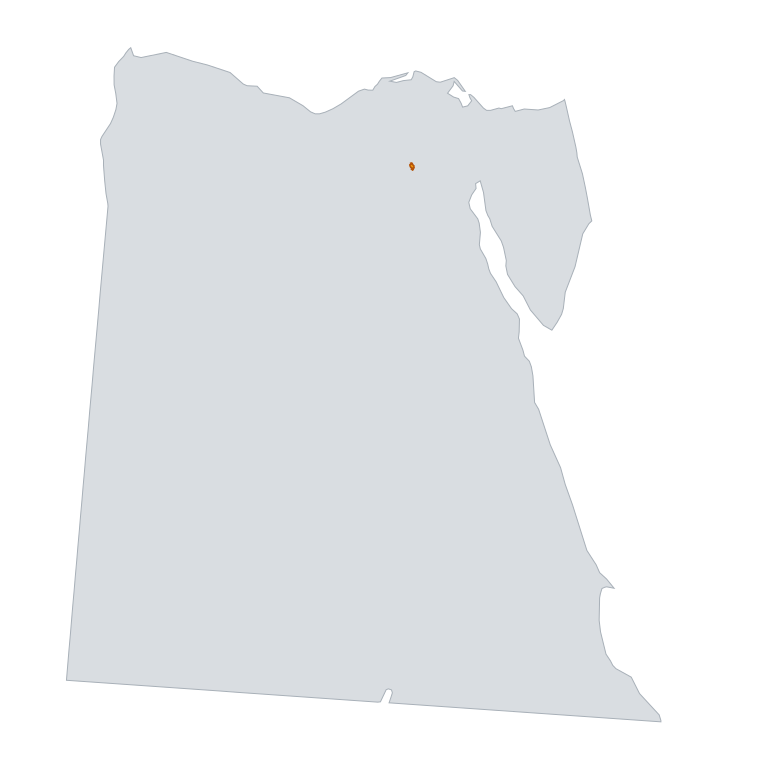 Auseem, Al Jizah, Egypt shown in context, rotated 4°
{"feature_id": "37247803B16391777329697", "entity_name": "Auseem", "entity_type": "district", "adm_level": 2, "iso_a3": "EGY", "parent_name": "Egypt", "parent_adm1": "Al Jizah", "projection": "equal_earth", "projection_center": [31.148, 30.12], "detail": "fine", "context": "in_parent", "style": "filled", "palette": "amber", "viewbox_px": 768, "rotation_deg": 4, "n_neighbors": 0, "source": "geoboundaries", "source_scale": "gbopen_adm2", "svg_char_len": 4550}
<svg xmlns="http://www.w3.org/2000/svg" viewBox="0 0 768 768"><g transform="rotate(4 384 384)"><path d="M683.8,701.7L667.3,701.7L650.9,701.7L634.5,701.7L618.0,701.7L601.6,701.7L585.1,701.7L568.7,701.7L552.2,701.7L535.8,701.7L519.4,701.7L502.9,701.7L486.5,701.7L470.0,701.7L453.6,701.7L437.1,701.7L420.7,701.7L411.3,701.7L412.9,695.7L413.9,691.5L412.8,688.6L409.6,687.8L407.5,688.8L402.6,701.3L400.0,701.8L394.2,701.8L375.1,701.8L355.9,701.8L336.8,701.8L317.6,701.8L298.5,701.8L279.3,701.8L260.2,701.8L241.0,701.7L221.9,701.7L202.7,701.7L183.6,701.7L164.5,701.7L145.3,701.7L126.2,701.7L107.0,701.7L87.9,701.7L88.1,686.6L88.3,671.6L88.6,656.5L88.8,641.4L89.0,626.4L89.3,611.4L89.5,596.4L89.8,581.4L90.0,566.4L90.3,551.4L90.5,536.5L90.8,521.5L91.0,506.6L91.3,491.7L91.5,476.8L91.8,461.9L92.1,447.1L92.3,432.2L92.6,417.4L92.9,402.6L93.1,387.8L93.4,373.0L93.7,358.2L94.0,343.5L94.3,328.7L94.5,314.0L94.8,299.3L95.1,284.6L95.4,269.9L95.7,255.3L96.0,240.6L96.3,226.0L95.9,223.3L93.4,213.4L91.2,200.8L88.9,185.3L88.6,180.3L84.5,164.4L84.2,159.9L85.4,156.7L93.0,143.3L95.4,136.8L97.4,129.0L98.1,122.7L96.2,113.1L93.9,104.4L93.2,95.5L93.1,86.8L96.9,80.8L101.5,75.3L103.3,71.9L106.0,68.0L107.9,66.2L111.3,74.0L118.9,75.3L143.7,68.4L170.7,75.4L185.7,78.1L208.7,84.0L222.7,94.6L226.6,96.0L236.7,95.8L243.3,102.1L269.7,105.1L283.7,112.0L291.7,117.6L296.5,119.3L300.8,119.0L306.5,116.9L313.8,113.0L321.7,107.6L338.1,93.7L343.9,91.2L347.7,91.9L352.3,91.7L354.2,87.9L356.6,85.4L358.2,82.4L360.6,78.9L369.1,77.9L386.1,71.9L384.2,74.7L368.7,81.5L375.4,82.3L382.2,80.0L389.9,78.6L391.3,75.7L392.3,70.3L393.8,69.5L399.2,70.5L415.1,78.8L419.1,79.0L430.3,74.5L432.7,73.5L436.3,76.0L444.7,86.4L441.8,86.2L432.9,77.3L432.1,81.7L427.1,89.5L433.4,92.9L438.5,94.1L441.3,98.5L443.1,102.3L448.1,100.7L451.7,95.4L449.8,92.5L448.5,89.4L450.2,89.3L453.7,91.8L463.9,101.8L467.3,103.9L471.2,103.6L479.4,100.7L481.7,101.2L492.7,97.5L494.0,100.2L495.9,102.9L504.7,99.9L518.7,99.9L530.0,96.7L543.2,88.8L544.2,87.6L544.9,89.5L546.6,94.9L550.7,108.6L554.4,119.4L558.9,134.4L560.3,140.1L560.9,144.1L567.3,160.5L571.2,174.1L574.1,185.1L578.1,201.2L579.9,206.8L577.2,209.8L571.8,220.3L566.4,253.6L558.4,279.8L557.6,296.2L556.3,302.1L552.4,310.4L547.7,318.6L539.0,314.4L524.9,300.0L516.7,286.4L507.9,277.7L499.6,266.1L497.3,257.7L497.4,252.3L493.7,239.3L491.0,233.1L480.9,219.2L478.0,211.8L475.8,208.6L473.6,203.9L469.9,186.0L465.8,174.6L461.4,177.7L462.2,182.5L458.3,189.2L455.9,196.9L457.8,203.2L466.0,212.7L467.7,216.9L469.6,226.0L469.4,238.4L470.7,242.6L476.9,251.8L479.1,257.2L480.5,261.9L482.5,266.2L488.7,274.2L497.5,289.5L505.9,299.9L512.0,304.8L514.6,309.8L515.2,322.7L514.9,328.9L520.2,340.5L522.2,346.4L527.4,351.2L529.8,356.6L532.0,365.5L535.5,391.9L540.0,398.4L554.1,433.1L566.0,455.2L571.8,471.6L580.6,491.7L598.0,535.9L608.2,549.5L612.3,557.2L619.7,563.1L627.8,571.7L620.2,570.8L618.3,571.4L615.7,572.8L614.5,578.0L614.0,582.3L615.1,604.7L617.3,616.2L624.3,638.0L629.3,644.5L631.8,648.7L635.2,651.8L651.1,659.2L660.5,675.0L681.6,694.9L683.7,700.4L683.8,701.7Z" fill="#d9dde1" stroke="#a8b0b8" stroke-width="1"/><path d="M398.7,164.3L398.5,164.2L398.3,164.1L398.1,164.0L398.0,163.8L397.9,163.8L397.8,163.7L397.7,163.7L397.6,163.4L397.5,163.2L397.4,163.2L397.2,163.0L397.0,162.9L396.9,162.9L396.7,162.8L396.7,162.7L396.4,162.4L396.3,162.2L396.2,162.0L396.1,161.9L396.0,161.7L395.9,161.7L395.8,161.8L395.8,162.1L395.7,162.1L396.1,162.6L395.8,162.7L395.7,162.6L395.6,162.8L395.5,163.1L395.3,163.2L395.1,163.1L394.9,163.0L394.7,163.1L394.5,163.3L394.5,163.6L394.6,163.8L394.6,164.0L394.6,164.3L394.6,164.5L394.8,164.7L395.0,164.9L395.1,165.4L395.4,165.9L395.5,166.0L395.8,166.1L396.0,166.2L396.1,166.3L396.2,166.6L396.3,166.5L396.4,166.9L396.4,167.1L396.6,167.2L396.7,166.9L396.8,166.8L396.9,166.7L397.4,166.7L397.6,166.7L397.8,166.5L398.2,166.5L398.3,166.5L398.5,166.4L399.0,166.2L398.9,165.9L398.7,165.7L398.7,165.3L398.6,165.1L398.7,164.7L398.7,164.4L398.7,164.3ZM398.0,168.8L398.0,168.6L398.1,168.3L398.1,168.1L398.2,167.9L398.3,167.7L398.2,167.4L398.2,167.2L397.8,167.2L397.5,167.1L397.3,167.2L397.1,167.2L397.1,167.6L397.1,167.9L397.2,168.0L397.4,168.1L397.5,168.3L397.5,168.5L397.4,168.5L397.7,168.7L397.9,168.7L398.0,168.7L398.0,168.8ZM396.1,161.6L396.2,161.8L396.2,162.0L396.3,162.2L396.4,162.4L396.5,162.5L396.8,162.7L396.9,162.8L397.1,162.9L397.2,163.0L397.3,163.0L397.3,162.9L397.2,162.8L397.2,162.7L397.0,162.4L396.9,162.4L396.8,162.2L396.7,162.0L396.7,161.9L396.5,161.7L396.4,161.7L396.2,161.6L396.1,161.6Z" fill="#f59e0b" stroke="#b45309" stroke-width="1.5"/></g></svg>